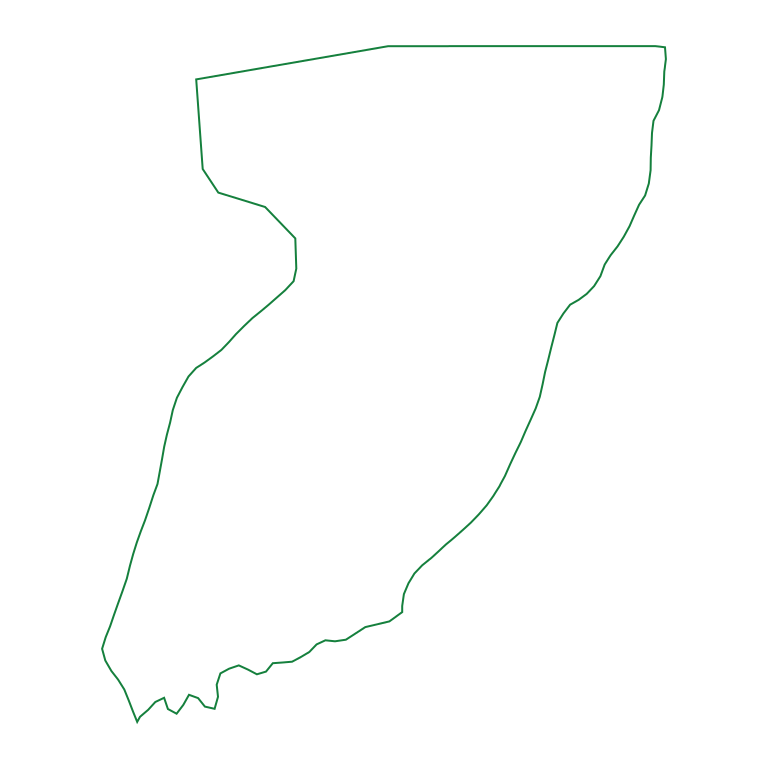 the district of Dahr, Shabwah, Yemen
{"feature_id": "15242507B29053891717332", "entity_name": "Dahr", "entity_type": "district", "adm_level": 2, "iso_a3": "YEM", "parent_name": "Yemen", "parent_adm1": "Shabwah", "projection": "equal_earth", "projection_center": [47.604, 15.508], "detail": "fine", "context": "isolated", "style": "outline", "palette": "green", "viewbox_px": 768, "rotation_deg": 0, "n_neighbors": 0, "source": "geoboundaries", "source_scale": "gbopen_adm2", "svg_char_len": 2161}
<svg xmlns="http://www.w3.org/2000/svg" viewBox="0 0 768 768"><path d="M196.2,79.4L202.7,169.0L218.3,192.6L265.1,207.0L295.3,238.4L296.3,268.6L293.6,281.2L285.2,290.2L277.0,297.4L268.7,304.7L260.7,311.4L252.4,318.1L244.0,326.1L236.0,334.1L229.0,342.0L221.4,349.9L213.0,356.4L204.6,362.5L196.2,367.9L188.5,376.5L182.5,387.1L176.9,397.8L172.8,410.1L170.1,422.6L166.9,434.7L164.2,446.7L162.1,458.8L159.7,472.0L157.5,484.0L153.4,495.1L149.2,508.1L145.0,520.4L140.8,531.3L136.8,542.5L133.2,554.0L130.0,565.6L126.8,578.7L122.5,591.1L118.0,603.6L114.0,614.9L110.1,626.3L105.7,637.2L102.1,648.8L105.3,660.5L111.4,671.0L118.1,679.6L124.3,689.5L128.8,700.6L133.0,711.5L137.2,721.9L140.0,716.8L148.2,709.8L155.3,702.0L164.1,697.8L167.9,709.0L176.6,713.7L183.3,704.9L189.0,694.8L198.1,698.1L201.3,702.1L204.9,706.6L214.6,708.8L218.0,696.8L216.7,684.7L220.4,673.4L229.1,668.7L238.8,665.4L248.0,669.6L256.9,674.3L266.0,671.6L272.8,663.2L282.6,662.5L292.1,661.7L300.7,657.1L309.3,652.0L316.6,644.4L325.4,640.3L335.0,641.3L345.9,639.7L365.3,627.1L389.4,621.4L398.2,615.0L402.2,612.1L402.2,611.4L402.2,606.0L403.9,594.1L408.5,583.2L410.9,579.3L414.4,573.5L416.4,571.4L422.2,565.3L429.6,559.3L430.2,558.9L431.5,557.8L438.4,551.5L442.1,548.0L446.0,544.4L451.1,540.2L454.4,537.4L462.9,529.9L470.9,522.6L478.8,514.4L486.7,505.3L493.4,495.9L495.3,492.8L499.4,486.4L500.8,483.6L504.9,476.1L510.3,463.9L515.5,452.8L519.7,444.3L521.0,441.6L524.8,432.7L525.9,430.2L530.8,419.4L535.7,408.4L539.8,396.8L540.9,391.9L542.6,384.3L545.1,372.0L546.1,368.1L548.2,359.9L551.2,347.6L554.4,335.1L555.9,329.0L557.4,322.9L563.4,313.5L570.1,304.7L577.5,300.5L578.6,299.9L581.0,298.1L586.7,293.9L594.1,286.1L599.5,277.6L600.4,276.2L604.7,264.5L609.2,257.4L610.7,255.1L617.6,246.3L623.8,236.7L627.4,230.1L629.5,226.3L634.3,215.3L639.1,204.7L645.1,195.5L648.1,185.8L648.8,183.6L650.6,170.2L650.8,157.7L650.9,155.9L651.5,145.5L652.0,133.0L653.5,120.8L659.0,110.2L662.3,97.3L662.5,96.0L663.8,84.6L664.3,71.4L664.8,68.0L665.1,65.3L665.9,59.1L665.0,47.3L659.6,46.6L655.0,46.1L650.3,46.1L646.1,46.1L560.1,46.1L479.0,46.1L433.5,46.2L388.1,46.2L196.2,79.4Z" fill="none" stroke="#15803d" stroke-width="2"/></svg>